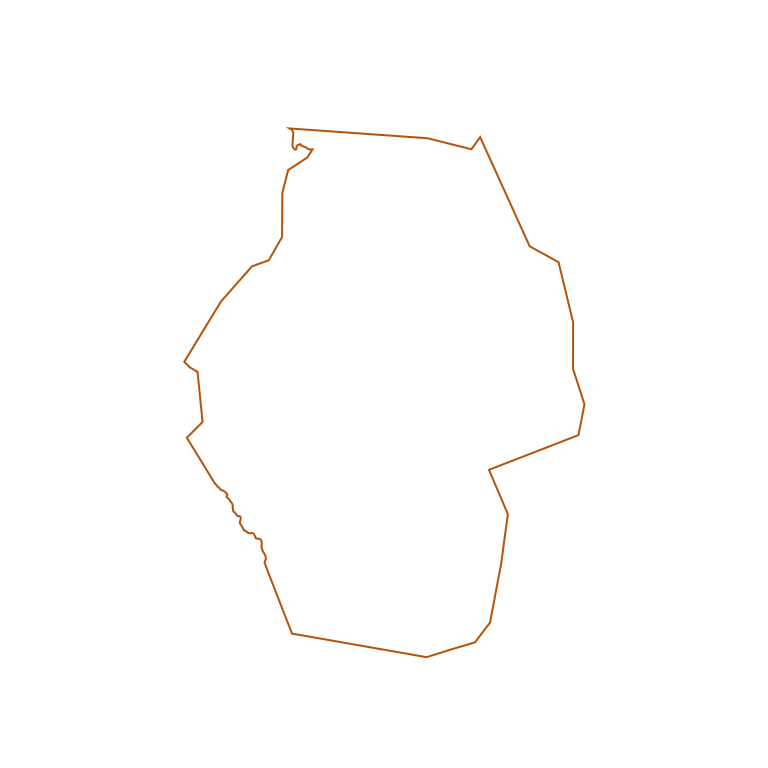 Jargalan, Govi-Altay, Mongolia (Albers equal-area conic projection), rotated 214°
{"feature_id": "93677404B58079754200585", "entity_name": "Jargalan", "entity_type": "district", "adm_level": 2, "iso_a3": "MNG", "parent_name": "Mongolia", "parent_adm1": "Govi-Altay", "projection": "albers", "projection_center": [96.049, 47.069], "detail": "fine", "context": "isolated", "style": "outline", "palette": "amber", "viewbox_px": 768, "rotation_deg": 214, "n_neighbors": 0, "source": "geoboundaries", "source_scale": "gbopen_adm2", "svg_char_len": 3130}
<svg xmlns="http://www.w3.org/2000/svg" viewBox="0 0 768 768"><g transform="rotate(214 384 384)"><path d="M320.7,125.6L196.0,181.3L179.9,201.5L164.1,220.7L162.7,245.5L186.4,300.6L208.6,345.4L249.0,371.6L194.2,450.4L206.4,479.2L235.8,502.3L261.8,541.0L307.4,582.6L340.2,579.6L442.3,642.4L442.8,627.5L485.3,612.1L605.3,543.0L604.7,543.0L604.2,543.1L603.7,543.2L602.9,543.4L602.2,543.3L601.6,542.8L601.2,542.5L600.5,542.0L599.6,541.3L599.3,541.0L599.0,540.6L598.8,540.3L598.2,539.0L597.6,537.8L596.8,536.5L595.2,534.0L594.0,531.6L593.1,530.3L592.5,529.8L591.8,529.4L591.0,528.9L590.4,528.7L589.6,528.6L589.2,528.6L588.8,528.6L588.5,528.7L588.3,528.9L588.2,529.1L588.0,529.6L588.2,530.2L588.4,530.5L588.7,530.8L589.1,531.6L589.2,532.0L589.2,532.7L589.2,533.4L588.9,533.9L588.6,534.5L588.4,534.9L588.2,535.2L587.5,536.0L587.0,536.0L586.5,535.9L585.9,535.5L585.3,535.5L584.9,535.6L584.2,535.7L582.6,536.2L581.0,536.4L579.9,536.5L578.7,536.5L578.1,536.6L577.3,536.7L576.5,537.0L574.5,538.5L574.4,537.0L574.4,536.7L574.4,536.4L574.2,529.0L583.1,507.8L575.1,485.5L550.7,448.9L548.7,422.1L559.3,407.7L559.9,402.7L565.3,361.2L562.0,290.7L553.8,289.2L545.4,289.8L513.2,251.1L517.4,229.2L515.2,228.2L468.2,206.8L467.1,206.7L466.2,206.5L465.4,206.2L464.9,205.9L464.2,205.8L463.4,205.8L462.6,205.8L461.8,205.5L461.2,205.3L460.7,205.1L460.2,205.1L459.6,205.1L459.1,205.2L458.4,205.4L457.6,205.6L456.8,205.7L456.2,205.7L455.5,205.7L454.7,205.4L454.2,205.3L453.5,205.3L452.9,205.1L452.4,205.0L452.3,204.8L452.0,204.5L451.7,203.6L451.6,202.8L451.4,202.3L451.0,202.2L450.9,202.2L450.4,202.1L449.9,202.1L449.4,202.1L448.7,202.1L448.1,201.9L447.2,201.6L446.8,201.3L446.1,201.0L445.5,200.8L444.9,200.6L444.1,200.4L443.7,200.2L443.2,200.0L442.7,199.6L442.1,199.2L441.4,198.7L441.1,198.2L440.9,197.9L440.7,197.5L440.5,197.0L440.1,196.7L439.7,196.3L439.2,195.9L439.0,195.6L438.8,195.3L438.4,194.6L437.8,194.3L437.2,194.1L436.4,194.1L435.7,194.0L435.0,193.7L434.5,193.5L434.4,193.4L433.8,193.4L433.0,193.1L432.5,192.8L432.1,192.7L431.6,192.7L431.2,192.7L430.7,193.0L430.0,193.6L429.6,193.6L428.9,193.7L428.3,193.3L427.7,192.6L427.3,191.8L427.3,191.7L427.0,190.9L426.8,190.3L426.4,189.1L425.8,188.3L425.3,187.8L424.6,187.4L424.0,187.2L423.3,187.0L422.7,186.7L422.0,186.5L421.5,186.2L421.4,186.2L420.6,185.7L420.0,185.4L419.2,184.9L418.8,184.8L418.4,184.6L418.1,184.6L417.6,184.6L417.0,184.6L416.4,184.7L415.3,184.8L414.6,184.7L414.1,184.5L413.8,184.5L413.5,184.6L413.0,184.7L412.4,184.9L411.6,185.3L411.1,185.8L410.7,186.1L410.1,186.7L409.7,187.0L408.9,187.0L408.3,187.0L407.5,186.6L407.0,186.3L406.6,186.2L406.3,186.0L406.0,185.8L405.7,185.7L405.4,185.5L405.2,185.2L404.8,184.8L404.2,184.5L403.8,184.5L403.2,184.7L402.7,184.9L402.0,185.3L401.4,185.7L400.9,185.8L400.5,186.0L399.9,186.0L399.3,186.0L398.4,185.6L397.6,185.1L396.7,184.1L396.2,183.5L395.4,182.2L394.5,180.6L394.1,180.0L393.5,179.4L392.6,178.8L391.7,178.1L390.7,177.5L389.6,177.0L388.7,176.6L387.6,176.0L386.7,175.5L385.7,174.7L384.6,173.5L383.9,172.4L383.8,171.5L383.6,170.6L383.1,169.0L377.5,165.1L377.4,165.0L377.3,164.9L320.7,125.6Z" fill="none" stroke="#b45309" stroke-width="2"/></g></svg>